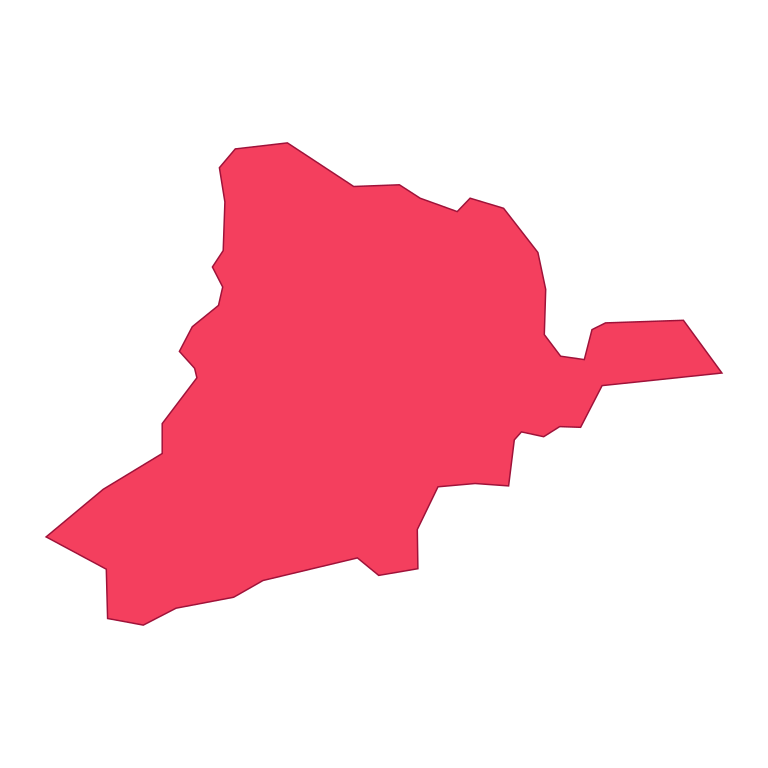 the district of Keita, Tahoua, Niger
{"feature_id": "23599985B44584919101761", "entity_name": "Keita", "entity_type": "district", "adm_level": 2, "iso_a3": "NER", "parent_name": "Niger", "parent_adm1": "Tahoua", "projection": "natural_earth1", "projection_center": [5.89, 14.779], "detail": "fine", "context": "isolated", "style": "filled", "palette": "rose", "viewbox_px": 768, "rotation_deg": 0, "n_neighbors": 0, "source": "geoboundaries", "source_scale": "gbopen_adm2", "svg_char_len": 743}
<svg xmlns="http://www.w3.org/2000/svg" viewBox="0 0 768 768"><path d="M233.7,597.2L263.0,580.5L357.4,557.9L378.7,575.4L417.9,568.7L417.3,529.5L438.0,486.8L475.1,483.5L508.6,485.9L514.3,439.9L521.4,431.9L543.7,436.7L559.7,426.6L580.6,427.3L602.1,385.6L721.9,373.0L683.4,320.3L605.5,322.9L592.0,329.6L584.3,359.6L560.6,356.2L544.3,334.6L545.7,289.4L537.9,252.5L503.6,208.3L470.1,198.2L457.2,211.6L420.1,198.2L399.4,184.8L353.7,186.5L287.4,142.9L235.3,148.9L219.4,167.7L224.9,202.0L223.2,250.6L212.4,267.0L222.7,287.0L218.5,305.4L192.3,326.7L179.4,351.4L194.6,368.3L196.9,377.8L162.2,423.6L162.2,453.5L103.2,489.3L46.1,536.9L106.3,569.2L107.6,618.5L143.3,625.1L176.0,608.2L233.7,597.2Z" fill="#f43f5e" stroke="#9f1239" stroke-width="1.5"/></svg>